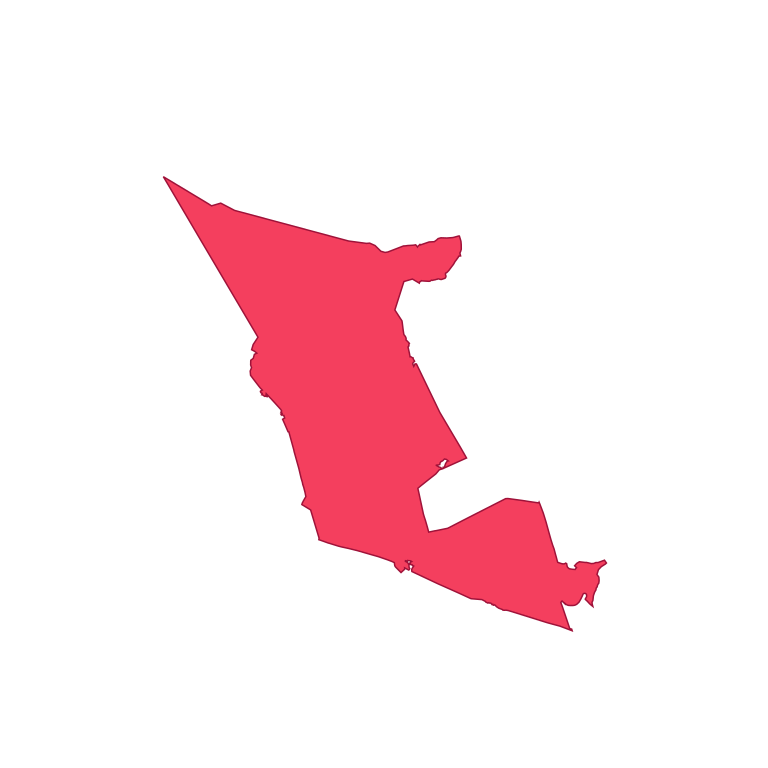 the district of Coatlán del Río, Morelos, Mexico, rotated 308°
{"feature_id": "50627088B55233525258016", "entity_name": "Coatlán del Río", "entity_type": "district", "adm_level": 2, "iso_a3": "MEX", "parent_name": "Mexico", "parent_adm1": "Morelos", "projection": "natural_earth1", "projection_center": [-99.448, 18.734], "detail": "fine", "context": "isolated", "style": "filled", "palette": "rose", "viewbox_px": 768, "rotation_deg": 308, "n_neighbors": 0, "source": "geoboundaries", "source_scale": "gbopen_adm2", "svg_char_len": 5617}
<svg xmlns="http://www.w3.org/2000/svg" viewBox="0 0 768 768"><g transform="rotate(308 384 384)"><path d="M300.4,318.2L299.7,320.0L298.3,320.1L298.3,320.7L298.2,321.8L297.8,321.8L297.7,321.8L296.8,321.2L296.4,322.2L297.1,322.2L297.2,322.3L297.1,324.1L297.5,324.5L296.0,326.7L294.9,326.2L294.6,326.1L293.8,325.8L292.4,328.4L292.1,329.0L287.3,337.8L287.7,338.5L286.5,340.1L276.6,353.4L275.4,354.8L265.0,368.9L258.9,376.5L256.1,380.4L254.9,381.7L253.2,384.3L249.8,388.7L247.1,391.8L245.1,392.0L243.4,392.3L242.9,392.3L241.5,392.6L239.8,392.9L238.4,393.5L239.4,401.9L239.6,403.7L224.5,425.0L222.6,427.7L221.2,428.5L222.7,432.9L224.3,437.8L224.9,439.2L225.3,440.3L228.1,447.7L229.4,450.7L232.5,457.1L236.3,465.6L236.9,467.1L241.6,478.8L243.6,483.7L244.6,486.2L246.7,492.3L247.6,494.9L248.8,498.8L248.9,499.0L249.6,502.1L247.4,504.4L246.9,505.7L246.3,510.3L245.9,513.5L250.7,514.3L251.7,513.6L251.8,513.5L252.6,518.0L253.3,518.2L254.5,517.9L254.9,516.7L256.6,515.2L257.2,514.2L257.5,513.9L257.7,513.4L257.7,511.1L257.4,510.1L258.0,509.7L258.3,510.1L258.8,511.7L259.6,511.4L259.7,511.7L260.8,513.4L261.1,514.2L261.1,515.0L260.4,514.4L260.2,514.7L259.1,515.1L259.1,514.6L258.4,514.6L257.9,515.6L258.3,516.2L258.3,516.9L258.8,517.3L258.9,517.6L258.8,518.1L258.5,518.5L258.9,519.4L258.9,519.5L256.0,519.7L255.0,520.0L254.4,520.4L253.4,521.4L257.3,538.6L259.5,548.3L259.7,549.2L263.0,562.4L265.4,572.1L268.4,584.8L274.4,593.9L274.5,594.5L275.1,597.8L274.8,598.7L275.1,599.6L275.3,600.7L276.2,601.2L276.1,601.5L276.2,601.8L276.9,602.8L277.1,603.1L276.7,604.9L277.4,605.3L277.0,606.0L277.1,606.5L278.1,607.2L277.8,610.0L278.0,612.5L279.2,616.3L279.0,616.8L279.7,618.0L280.9,619.4L282.0,621.4L296.3,659.3L297.7,662.7L301.5,671.7L305.4,684.2L306.4,682.8L305.6,681.0L318.4,661.6L320.7,657.8L322.6,657.9L322.2,661.6L322.5,661.3L322.5,661.5L322.4,662.5L322.5,663.5L322.7,664.6L323.2,665.8L324.3,667.4L326.0,669.5L327.2,670.6L329.0,671.5L332.1,672.0L335.7,671.5L338.9,670.8L340.7,670.3L341.4,670.2L342.1,670.5L342.8,671.3L343.0,672.1L342.9,673.0L341.9,674.1L340.8,674.7L339.8,674.8L339.0,674.9L338.4,675.0L338.2,675.4L338.1,676.5L338.0,677.8L337.4,681.4L337.3,683.7L337.3,685.5L338.9,683.4L340.1,682.3L342.0,681.9L344.1,680.6L346.0,679.4L349.4,678.2L351.2,677.9L352.2,677.8L353.4,677.1L354.1,676.8L354.9,676.9L355.6,676.8L356.4,676.3L357.8,675.9L359.2,675.9L360.6,675.1L361.3,674.7L362.6,673.6L364.1,672.2L365.0,669.1L369.7,667.3L373.9,667.7L378.4,669.3L379.9,669.5L380.9,666.2L375.1,662.6L373.8,660.9L371.7,659.7L370.1,657.9L369.0,655.4L368.0,653.3L367.3,652.5L364.2,647.4L361.3,646.3L358.1,646.1L357.8,648.8L356.6,648.7L355.5,648.8L353.8,646.2L352.5,643.8L352.5,642.5L352.7,641.2L353.4,640.2L354.9,638.5L354.7,637.4L353.8,637.1L353.1,636.6L352.2,635.4L351.7,634.3L350.4,630.7L351.6,629.0L353.6,626.4L355.2,624.2L358.7,619.6L361.0,615.9L362.8,613.3L364.1,611.4L367.7,606.5L374.9,596.8L378.4,591.8L380.4,588.9L383.2,584.3L385.6,580.3L386.3,579.0L385.6,579.2L382.2,573.3L377.2,564.4L370.0,552.1L368.5,550.4L359.5,546.2L350.5,542.0L331.4,533.1L326.2,530.7L309.5,523.0L300.7,515.5L299.3,514.2L294.8,510.4L297.6,506.7L299.8,503.7L302.1,500.5L303.9,497.8L304.1,497.5L305.8,495.1L320.6,477.4L322.5,475.0L322.7,474.9L322.8,474.9L327.0,475.8L328.9,476.3L331.1,476.8L333.2,477.3L345.1,480.2L350.4,480.4L353.1,482.2L352.9,479.3L352.4,478.3L352.1,475.5L351.9,474.8L353.4,476.4L354.8,477.6L356.2,476.8L358.1,476.7L359.5,477.5L362.1,477.8L363.0,479.6L362.9,481.9L362.2,481.3L359.3,481.5L356.7,482.4L354.8,482.7L354.7,482.0L353.6,482.5L376.5,494.6L381.2,483.1L396.0,445.4L419.6,397.6L419.7,397.0L419.0,396.1L416.2,396.6L417.6,394.2L418.8,393.8L420.8,394.1L421.6,391.9L422.5,390.7L422.2,390.4L422.0,388.2L421.5,387.8L423.5,385.5L424.0,385.0L424.1,384.8L427.5,380.7L427.8,380.3L428.1,380.1L428.3,380.1L428.8,380.3L429.7,379.9L429.8,379.6L430.1,379.6L431.4,378.8L431.6,378.9L431.8,378.2L432.1,376.1L432.3,374.2L433.6,373.3L433.9,372.9L434.6,371.6L435.1,369.6L435.2,369.3L435.4,369.0L438.1,366.1L443.6,360.6L444.8,359.3L449.0,347.0L477.0,336.6L484.2,341.8L485.2,349.7L486.1,349.2L486.4,349.2L487.4,349.8L488.1,349.8L488.4,349.8L489.0,351.0L491.9,355.2L492.6,356.2L493.2,356.8L493.7,357.1L494.5,357.3L495.1,357.6L495.5,358.4L496.5,359.1L497.0,359.6L497.6,360.0L497.9,360.4L498.7,360.8L499.2,361.4L499.9,361.7L500.5,362.4L501.1,364.0L501.7,364.9L504.9,367.0L505.5,367.0L506.6,366.8L507.4,366.2L507.7,365.4L509.2,364.3L510.6,364.9L513.4,365.2L517.6,365.1L520.9,365.1L524.3,364.6L525.6,364.6L526.7,364.6L528.1,364.5L529.3,364.5L530.7,364.2L532.1,365.5L533.9,363.2L535.9,362.7L537.8,361.9L541.2,359.2L543.7,356.9L544.4,356.0L547.0,352.3L546.6,351.7L542.8,348.9L541.6,347.9L537.7,343.6L534.2,338.8L531.9,337.1L529.9,336.8L527.1,336.0L523.7,332.1L515.9,327.0L516.1,326.4L512.9,325.9L512.6,326.0L513.2,323.3L512.0,322.2L511.2,321.4L507.5,317.2L506.1,315.9L504.7,314.3L490.3,305.7L488.3,303.8L486.7,299.8L487.6,291.7L486.2,286.0L484.0,283.6L474.9,268.1L428.8,159.4L426.0,144.0L418.2,138.4L417.9,134.9L411.5,82.5L408.4,90.5L384.6,150.8L348.7,242.1L343.3,255.9L334.6,256.6L329.5,258.6L330.1,262.0L330.0,264.8L327.6,263.6L323.7,265.2L320.7,264.4L319.4,265.3L318.8,265.8L316.9,267.2L315.3,269.6L314.9,269.7L311.8,270.6L308.7,273.5L307.6,277.5L306.4,282.1L305.2,286.8L304.8,288.5L304.6,289.5L304.3,291.9L303.3,291.5L302.8,291.2L302.2,291.1L301.8,291.4L301.3,292.7L301.4,293.1L301.6,293.8L301.1,294.1L300.4,294.3L300.6,294.5L300.8,297.6L301.3,298.0L301.5,298.4L301.8,298.8L301.9,299.2L302.0,299.7L302.3,299.7L302.3,300.5L302.4,300.1L302.3,298.0L302.5,297.9L303.9,297.1L302.4,306.6L300.5,317.6L300.4,318.2Z" fill="#f43f5e" stroke="#9f1239" stroke-width="1.5"/></g></svg>